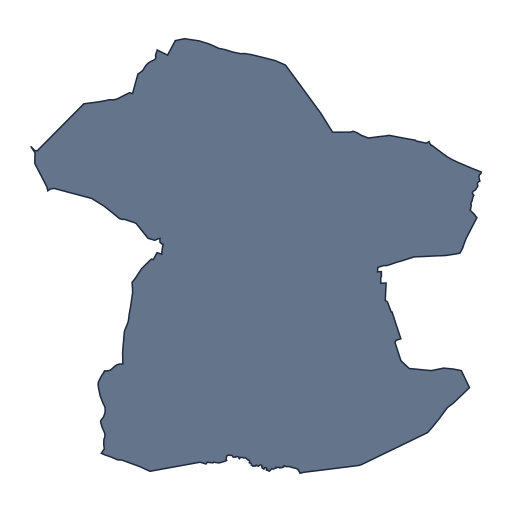 Chavinda, Michoacán, Mexico
{"feature_id": "50627088B886354204460", "entity_name": "Chavinda", "entity_type": "district", "adm_level": 2, "iso_a3": "MEX", "parent_name": "Mexico", "parent_adm1": "Michoacán", "projection": "mercator", "projection_center": [-102.439, 20.047], "detail": "fine", "context": "isolated", "style": "filled", "palette": "slate", "viewbox_px": 512, "rotation_deg": 0, "n_neighbors": 0, "source": "geoboundaries", "source_scale": "gbopen_adm2", "svg_char_len": 5162}
<svg xmlns="http://www.w3.org/2000/svg" viewBox="0 0 512 512"><path d="M481.3,172.1L477.3,170.4L472.6,168.6L457.5,162.2L451.5,159.3L447.4,156.9L441.2,152.4L439.4,151.0L436.6,148.9L431.7,145.2L431.2,145.4L429.8,143.4L429.0,141.6L426.4,143.1L426.1,143.2L425.9,143.1L419.5,141.7L416.4,141.1L415.4,140.3L415.4,140.2L404.0,138.2L397.2,136.9L390.5,135.6L389.9,135.4L389.7,135.4L387.5,135.5L386.0,135.9L383.1,136.2L378.5,136.7L377.5,136.8L374.9,137.2L368.3,138.0L361.1,135.2L357.2,132.8L352.9,131.2L350.9,132.1L332.6,132.2L320.7,113.1L302.4,88.1L285.5,65.1L283.8,64.3L275.2,60.6L266.7,58.4L251.4,54.6L248.7,54.2L244.2,53.5L240.7,53.7L233.4,52.2L224.9,49.6L221.5,48.9L218.9,48.4L209.5,44.1L199.3,40.9L184.5,38.7L175.2,40.6L175.2,40.8L174.9,41.4L168.5,53.3L167.6,55.1L157.2,50.0L157.0,50.7L156.7,51.6L156.0,53.6L155.6,54.9L155.5,55.4L155.5,55.8L155.9,58.0L154.6,59.6L152.4,60.8L152.1,60.9L151.8,61.0L149.5,62.2L148.8,62.7L147.8,63.5L145.9,65.4L144.1,68.3L142.9,70.3L140.7,72.1L137.9,74.1L132.5,93.6L130.9,93.1L129.5,92.7L124.7,95.1L117.0,99.0L115.7,99.3L113.1,99.9L109.6,99.7L105.0,100.7L99.6,101.7L83.8,103.8L38.9,149.1L38.1,149.9L37.5,150.6L34.9,150.7L30.7,146.4L35.0,152.7L34.8,163.5L47.0,187.1L47.8,190.8L50.4,189.0L52.2,188.7L53.2,188.5L54.7,188.6L88.5,197.6L91.6,198.4L102.3,205.0L102.7,205.2L102.9,205.4L103.9,206.0L104.4,206.4L115.7,215.4L119.4,218.6L122.2,219.4L124.3,219.3L130.5,221.4L133.7,222.4L136.0,223.3L148.0,238.3L154.9,240.3L157.6,239.0L160.0,238.4L159.9,242.1L161.7,243.9L163.1,244.2L162.2,249.1L161.7,254.3L157.1,252.6L153.3,259.6L151.5,259.1L149.6,260.7L141.5,268.8L135.2,278.4L132.1,282.3L132.3,285.9L132.5,287.9L132.6,292.8L131.2,302.4L130.5,307.1L129.9,310.3L129.1,314.8L128.9,316.8L128.2,321.7L127.3,324.1L124.9,330.0L124.5,331.3L124.3,331.9L122.6,352.5L122.8,364.0L119.6,364.0L116.7,364.9L113.9,367.0L111.9,368.9L109.8,370.4L107.1,370.9L104.5,370.9L103.4,373.2L101.6,375.6L99.2,380.3L98.3,382.2L98.1,384.8L98.7,388.8L100.2,395.9L103.0,403.3L104.2,405.6L104.9,407.0L105.2,409.6L105.0,412.7L103.6,416.8L101.7,419.3L100.6,421.0L100.8,423.0L102.2,427.5L103.4,430.2L104.5,432.7L104.9,434.6L104.9,436.9L103.9,439.2L103.7,444.1L104.3,448.8L101.3,453.3L104.2,454.6L111.7,457.3L117.8,459.9L121.0,460.0L121.7,460.0L140.0,466.7L150.0,471.3L200.1,462.2L206.0,464.0L207.2,462.3L212.4,462.8L213.1,462.8L213.8,462.2L216.5,462.6L218.3,462.9L219.3,462.9L225.8,461.0L226.7,460.3L226.2,459.6L226.5,456.9L227.0,455.6L228.0,455.4L228.7,455.1L230.0,455.4L231.0,455.4L231.9,455.3L232.1,455.6L232.6,456.3L232.9,456.9L233.2,457.1L233.8,457.2L235.8,457.1L236.0,456.9L236.2,456.5L238.2,456.7L238.8,457.1L238.9,458.3L239.5,458.7L239.9,458.0L240.2,457.7L240.8,457.5L241.5,457.4L242.9,457.5L243.5,458.0L244.2,458.0L245.4,457.7L246.6,458.6L247.2,459.4L248.1,460.1L248.9,460.0L249.6,461.3L249.4,462.0L249.3,462.7L249.4,462.9L250.8,463.3L251.0,463.6L251.4,465.1L252.8,466.1L253.3,466.1L253.8,466.1L254.3,465.7L255.1,466.2L255.4,466.1L256.1,465.1L256.4,465.1L257.2,465.9L258.4,466.2L260.1,464.9L261.2,465.1L261.9,465.7L262.3,466.3L261.8,466.8L261.9,467.4L262.1,468.0L262.8,468.4L263.0,468.5L263.4,468.8L263.7,469.1L264.3,468.8L264.6,467.7L266.1,467.7L266.7,468.3L266.4,469.4L266.5,470.1L266.9,470.3L267.5,469.9L267.7,470.1L268.4,470.8L269.1,471.2L270.0,470.7L271.6,468.7L273.2,469.1L276.0,468.0L275.8,467.5L277.1,467.5L279.4,467.4L279.6,467.9L282.2,467.6L283.7,466.9L283.4,466.3L284.0,465.8L285.3,466.2L286.9,466.7L287.9,466.5L289.3,466.6L289.7,466.7L291.1,467.2L291.4,467.3L293.0,467.7L293.7,467.9L294.9,468.1L297.2,468.9L298.2,469.9L299.3,471.7L300.0,473.3L303.7,472.3L326.7,469.5L359.1,465.4L362.0,464.4L364.2,463.3L426.1,433.3L427.7,432.5L432.3,427.2L439.2,418.7L447.4,407.6L450.5,405.3L453.1,403.3L454.2,402.3L469.5,387.6L461.3,370.6L453.1,369.0L443.7,368.1L431.3,370.6L409.2,368.5L402.0,361.7L400.9,360.6L395.0,342.4L395.4,341.7L395.9,340.4L400.9,338.8L396.5,325.7L392.1,312.0L391.9,312.0L391.3,312.1L387.4,301.8L386.0,300.9L385.3,300.4L385.4,298.7L385.4,297.7L385.5,296.6L385.5,296.4L385.5,295.3L385.8,289.5L385.8,289.4L386.1,283.0L380.8,283.3L380.7,277.4L381.4,276.7L381.4,271.6L377.9,271.8L377.5,271.9L377.9,267.4L378.0,267.4L383.1,265.7L383.9,265.6L384.6,265.6L384.8,265.6L385.0,265.6L386.3,265.6L386.5,265.6L387.1,265.5L391.2,264.2L396.6,262.3L401.3,261.0L405.1,259.8L408.8,258.6L412.2,257.6L412.4,257.5L413.8,256.9L421.6,256.6L421.8,256.6L427.6,256.3L429.8,256.2L437.6,255.8L437.9,255.8L438.1,255.8L439.5,255.8L440.1,255.8L444.0,255.6L444.6,255.5L445.3,255.5L445.6,255.5L445.8,255.5L454.4,254.2L454.5,254.2L458.3,253.5L460.0,253.1L462.6,248.1L462.9,247.8L463.0,246.8L463.4,245.7L466.1,238.5L476.1,219.2L476.9,217.7L476.7,217.3L474.9,215.3L474.8,214.8L470.1,210.2L470.4,209.6L470.5,209.6L471.3,205.0L470.8,204.5L470.9,204.3L471.1,202.8L471.9,201.1L472.1,200.9L472.1,200.6L472.6,198.4L472.9,197.2L473.9,195.3L473.3,194.6L472.4,193.6L472.3,192.8L473.3,191.2L473.8,190.9L475.4,190.0L476.1,188.9L476.8,187.8L477.1,187.3L477.9,185.9L477.3,183.7L477.5,183.4L477.7,182.9L478.4,181.7L479.8,181.4L479.8,181.2L479.5,179.7L478.9,176.9L479.2,175.5L479.4,174.8L479.5,174.7L480.8,173.8L481.0,172.8L481.1,172.7L481.3,172.1Z" fill="#64748b" stroke="#1e293b" stroke-width="1.5"/></svg>